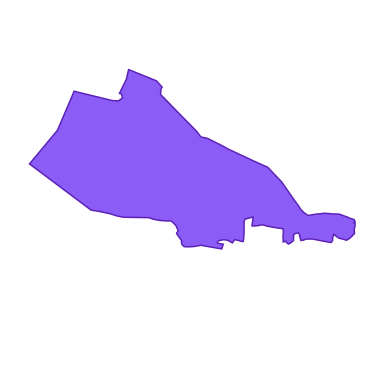 outline of Al-Salhiyya, Ash Sharqiyah, Egypt, rotated 217°
{"feature_id": "37247803B28046922888397", "entity_name": "Al-Salhiyya", "entity_type": "district", "adm_level": 2, "iso_a3": "EGY", "parent_name": "Egypt", "parent_adm1": "Ash Sharqiyah", "projection": "natural_earth1", "projection_center": [31.874, 30.638], "detail": "fine", "context": "isolated", "style": "filled", "palette": "violet", "viewbox_px": 384, "rotation_deg": 217, "n_neighbors": 0, "source": "geoboundaries", "source_scale": "gbopen_adm2", "svg_char_len": 2115}
<svg xmlns="http://www.w3.org/2000/svg" viewBox="0 0 384 384"><g transform="rotate(217 192 192)"><path d="M72.9,255.2L80.0,248.6L85.2,243.1L90.4,242.9L95.0,243.6L97.6,244.7L97.8,244.8L102.0,246.1L102.8,246.3L108.2,248.0L126.5,254.0L146.5,257.3L161.3,253.9L173.8,251.3L175.5,250.9L189.6,247.9L193.9,247.4L203.4,245.7L209.4,244.6L211.6,244.3L218.1,241.3L222.8,242.7L224.4,243.2L246.6,246.5L275.9,251.0L278.7,255.6L278.9,256.8L279.0,257.3L279.0,257.8L287.2,259.4L316.3,251.6L314.2,246.9L313.3,244.8L312.4,242.8L312.3,242.5L312.2,242.3L309.3,227.1L308.7,227.3L307.2,227.8L306.5,227.2L306.1,226.9L304.3,225.4L304.1,225.3L305.5,220.6L310.9,216.9L313.6,215.8L344.3,202.6L346.8,201.6L341.4,179.8L337.4,163.6L336.6,160.4L338.7,116.6L261.8,116.8L253.9,120.9L243.9,125.5L238.0,127.5L236.3,128.3L235.9,128.5L232.4,130.1L226.8,134.0L217.0,141.2L211.4,145.3L206.5,147.0L200.6,149.9L195.0,153.5L191.1,156.4L185.0,155.7L179.6,152.7L179.6,149.9L178.8,149.3L175.6,148.3L171.0,146.9L169.9,145.1L167.9,143.8L165.2,143.7L161.4,146.4L157.6,149.7L152.8,154.8L134.0,164.4L135.6,169.1L138.0,167.9L140.6,166.5L141.5,167.1L141.4,169.0L138.4,172.6L135.2,174.7L129.1,175.7L129.3,179.7L122.1,182.7L121.6,182.9L121.3,183.5L125.0,189.5L132.9,200.2L133.1,202.7L128.1,208.7L125.5,204.3L123.9,201.2L123.0,201.4L122.7,201.5L118.8,205.1L116.2,208.1L111.2,210.1L104.7,213.3L97.1,217.5L96.5,216.8L94.5,214.3L94.2,214.0L92.8,211.5L91.1,209.6L89.7,207.7L89.1,207.0L87.4,209.2L85.9,208.5L83.6,208.5L82.7,210.3L81.7,214.3L85.1,219.0L84.8,220.5L82.7,223.3L81.0,222.9L78.7,221.0L75.8,218.8L74.0,220.6L72.8,222.7L71.6,223.9L70.2,224.8L67.5,226.9L50.8,235.1L50.5,235.7L50.4,237.6L51.6,239.4L52.4,240.7L53.2,242.9L53.2,243.5L49.7,243.4L46.8,243.6L42.7,245.3L39.5,246.5L38.9,248.1L38.0,250.2L37.9,252.0L37.8,252.4L37.6,253.0L37.6,254.2L37.2,256.7L37.5,257.0L38.3,257.8L38.7,258.2L40.4,260.4L40.9,262.3L42.0,263.9L43.2,265.4L43.7,266.1L44.0,265.2L45.2,267.3L46.3,267.4L47.2,267.1L48.9,266.5L50.4,265.9L52.2,265.7L53.9,265.1L57.3,264.1L59.8,263.4L61.8,262.5L67.1,258.7L69.2,257.5L71.0,256.3L72.9,255.2Z" fill="#8b5cf6" stroke="#5b21b6" stroke-width="1.5"/></g></svg>